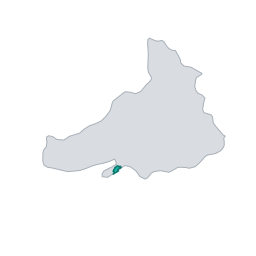 Las Terrenas, Samaná, Dominican Republic shown in context, rotated 150°
{"feature_id": "3306468B40985088538713", "entity_name": "Las Terrenas", "entity_type": "district", "adm_level": 2, "iso_a3": "DOM", "parent_name": "Dominican Republic", "parent_adm1": "Samaná", "projection": "natural_earth1", "projection_center": [-69.552, 19.282], "detail": "fine", "context": "in_parent", "style": "filled", "palette": "teal", "viewbox_px": 256, "rotation_deg": 150, "n_neighbors": 0, "source": "geoboundaries", "source_scale": "gbopen_adm2", "svg_char_len": 2889}
<svg xmlns="http://www.w3.org/2000/svg" viewBox="0 0 256 256"><g transform="rotate(150 128 128)"><path d="M48.2,171.3L48.4,161.6L49.7,157.7L48.5,153.6L43.0,149.1L39.7,143.5L36.7,138.4L37.4,137.7L43.4,137.5L45.5,135.6L49.5,130.5L50.4,126.3L50.0,123.2L47.4,119.5L46.4,115.5L49.7,112.1L53.9,107.0L54.5,105.1L54.4,103.2L49.5,97.9L49.2,95.6L51.5,89.9L51.3,86.1L49.0,74.2L47.9,72.4L50.1,71.4L51.6,67.9L53.5,64.7L56.1,63.0L59.0,62.0L64.8,62.1L72.8,64.8L75.0,64.8L82.7,62.3L89.0,60.9L95.0,62.5L97.4,64.6L102.4,68.0L104.9,69.0L112.7,69.0L114.8,69.3L121.3,74.9L126.9,77.1L130.1,77.3L135.8,75.1L138.7,75.2L141.9,80.0L142.6,86.9L145.3,93.1L149.5,97.1L170.1,95.4L174.7,98.7L173.2,101.4L170.2,102.9L160.4,102.3L156.1,102.6L155.3,105.3L155.2,107.8L161.0,108.4L166.6,109.7L172.4,111.7L178.2,113.1L184.8,114.0L191.3,115.4L202.1,120.4L214.0,131.6L217.2,134.1L219.3,137.6L218.3,142.0L214.1,149.0L211.7,151.3L208.1,152.7L205.7,155.6L203.4,160.6L202.0,161.0L200.3,160.8L197.4,158.0L195.4,153.7L189.6,149.6L182.8,150.1L172.7,147.7L166.6,148.9L160.4,149.2L154.2,148.0L147.9,147.5L141.6,149.0L135.5,151.6L133.3,153.3L129.4,157.3L127.3,158.8L112.5,160.9L108.2,157.9L104.3,153.9L98.6,153.3L90.3,156.4L85.2,157.6L83.0,158.9L82.4,160.4L82.4,166.1L81.2,169.5L73.1,182.5L68.6,191.7L66.7,194.5L64.5,195.1L60.6,189.8L58.1,187.9L54.9,187.0L53.6,184.2L53.7,180.2L52.9,176.4L50.9,173.3L48.2,171.3Z" fill="#d9dde1" stroke="#a8b0b8" stroke-width="1"/><path d="M162.3,97.9L162.1,97.8L162.1,97.7L162.0,97.4L162.0,96.8L162.0,96.6L162.1,96.4L162.5,96.3L162.7,96.2L162.8,96.0L162.9,95.9L163.0,95.9L163.3,95.7L163.5,95.6L163.3,95.5L163.3,95.4L163.2,95.4L163.2,95.5L162.9,95.5L162.7,95.5L162.4,95.7L162.2,95.7L161.9,95.7L161.7,95.6L161.4,95.6L161.2,95.5L160.9,95.5L160.7,95.5L160.4,95.6L160.2,95.6L159.9,95.5L159.7,95.7L159.5,95.8L159.4,95.8L159.4,95.7L159.2,95.6L158.9,95.5L158.7,95.7L158.7,95.8L158.4,95.9L158.2,95.8L158.2,96.1L158.3,96.1L158.2,96.2L158.1,96.3L158.0,96.2L157.9,96.2L157.7,96.1L157.7,96.4L157.7,96.6L157.6,96.8L157.4,96.9L157.4,97.0L157.2,97.0L156.9,97.2L156.7,97.2L156.6,97.3L156.4,97.3L156.2,97.3L155.9,97.3L155.7,97.4L155.4,97.4L155.0,97.4L154.9,97.4L154.7,97.4L154.6,97.5L154.5,97.4L154.4,97.4L154.4,97.5L154.4,97.4L154.4,97.5L154.4,97.4L154.2,97.4L154.2,97.5L154.2,97.4L154.1,97.5L154.1,97.4L153.9,97.4L153.7,97.4L153.7,97.5L153.6,97.8L153.6,98.0L153.9,98.6L154.0,98.7L154.0,98.8L154.3,98.9L154.9,99.0L155.0,99.0L155.4,99.2L155.4,99.3L155.5,99.3L155.5,99.6L155.7,99.9L155.8,100.0L155.7,100.3L155.7,100.5L155.6,100.8L155.7,100.7L155.8,100.6L156.2,100.5L156.3,100.5L156.8,100.5L156.8,100.4L157.0,100.3L157.4,100.3L158.9,100.3L159.0,100.3L159.2,100.2L159.2,99.9L159.3,99.9L159.4,99.7L159.5,99.6L159.7,99.4L159.8,99.4L160.0,99.3L160.3,99.3L160.5,99.3L161.0,99.1L161.3,99.0L161.4,98.9L161.4,98.7L161.5,98.4L161.6,98.2L161.9,98.2L162.0,98.1L162.3,97.9Z" fill="#14b8a6" stroke="#0f766e" stroke-width="1.5"/></g></svg>